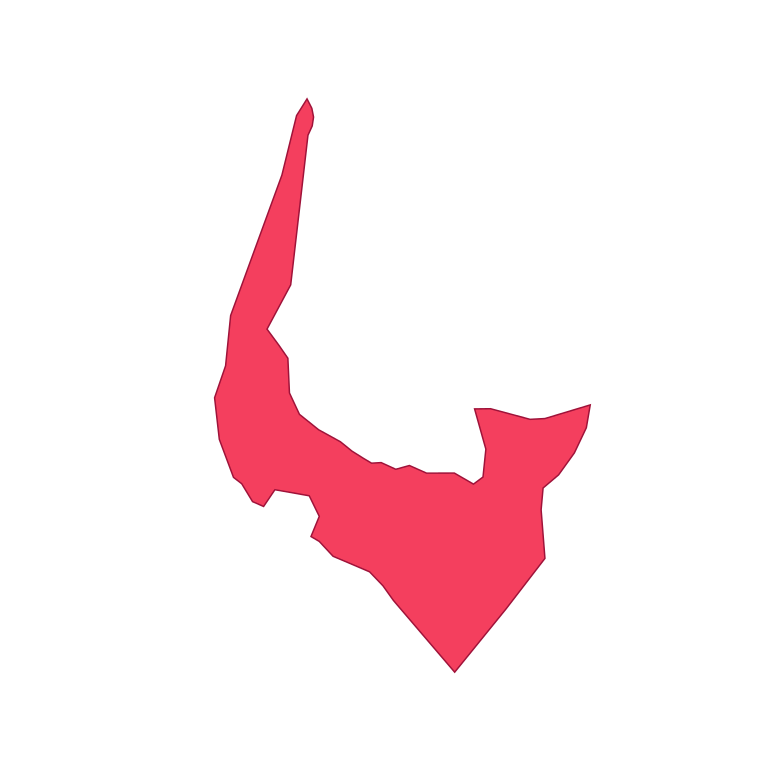 West Grand Bahama, orthographic projection, rotated 64°
{"feature_id": "BHS-5011", "entity_name": "West Grand Bahama", "entity_type": "District", "adm_level": 1, "iso_a3": "BHS", "parent_name": "The Bahamas", "parent_adm1": "", "projection": "orthographic", "projection_center": [-78.67, 26.651], "detail": "fine", "context": "isolated", "style": "filled", "palette": "rose", "viewbox_px": 768, "rotation_deg": 64, "n_neighbors": 0, "source": "natural_earth", "source_scale": "10m", "svg_char_len": 853}
<svg xmlns="http://www.w3.org/2000/svg" viewBox="0 0 768 768"><g transform="rotate(64 384 384)"><path d="M674.0,446.8L582.8,470.4L564.9,473.4L546.5,479.3L516.5,505.3L497.1,511.2L489.1,516.5L474.6,500.2L451.7,500.2L431.2,528.4L441.3,545.9L432.1,553.7L411.3,555.6L402.0,560.2L361.6,556.3L322.1,542.3L298.2,518.4L255.2,491.8L151.5,384.2L104.4,344.9L94.0,328.2L104.6,328.0L113.2,330.3L120.6,335.4L127.1,343.3L254.0,424.4L283.4,465.1L303.0,461.5L318.7,459.1L350.6,472.9L374.2,473.3L396.5,462.8L416.8,448.5L430.3,442.2L441.9,435.0L449.7,429.9L453.4,421.0L465.8,410.8L468.4,396.9L482.8,384.8L494.9,359.8L513.2,347.5L511.0,335.8L487.2,321.0L446.1,313.5L452.9,299.1L479.8,268.2L485.6,254.5L493.2,207.8L512.0,221.3L529.4,243.1L542.2,266.9L547.2,286.6L565.9,297.9L611.3,315.8L639.6,372.8L674.0,446.8Z" fill="#f43f5e" stroke="#9f1239" stroke-width="1.5"/></g></svg>